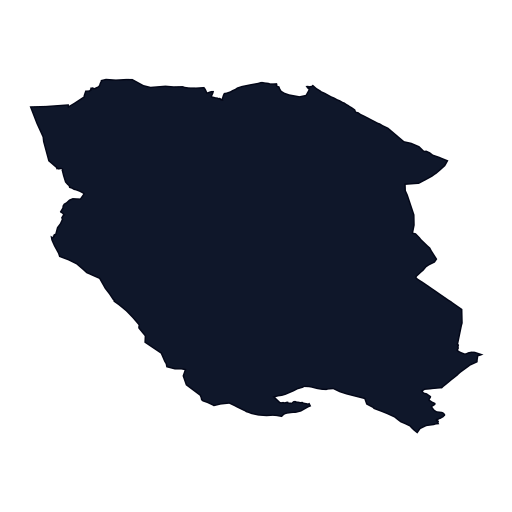 Fyresdal nor, Telemark, Norway (Natural Earth projection)
{"feature_id": "86288312B57586281322059", "entity_name": "Fyresdal nor", "entity_type": "district", "adm_level": 2, "iso_a3": "NOR", "parent_name": "Norway", "parent_adm1": "Telemark", "projection": "natural_earth1", "projection_center": [8.028, 59.145], "detail": "fine", "context": "isolated", "style": "filled", "palette": "ink", "viewbox_px": 512, "rotation_deg": 0, "n_neighbors": 0, "source": "geoboundaries", "source_scale": "gbopen_adm2", "svg_char_len": 5825}
<svg xmlns="http://www.w3.org/2000/svg" viewBox="0 0 512 512"><path d="M312.8,85.6L312.4,85.9L312.1,86.4L311.3,86.7L310.0,86.7L309.1,86.9L308.6,86.9L308.0,86.5L306.9,86.6L307.2,87.0L307.4,87.6L308.3,88.2L308.2,88.2L308.3,88.4L309.2,88.4L309.2,88.7L309.0,90.3L306.1,95.5L299.5,96.9L289.1,95.0L284.2,93.3L281.0,91.3L279.5,88.8L278.9,87.0L278.7,86.9L277.6,86.6L276.5,85.6L276.3,85.0L276.7,84.3L276.5,83.9L272.7,84.1L270.5,84.1L269.7,84.0L268.8,83.6L267.9,83.4L264.9,83.1L262.1,82.6L260.8,82.7L258.2,83.5L250.9,84.8L242.0,86.6L237.4,88.1L235.4,89.5L232.6,90.7L230.6,91.9L226.5,93.3L224.4,93.6L224.0,94.3L223.2,96.2L223.0,97.1L222.1,99.6L222.4,100.1L221.8,100.2L220.7,99.6L220.6,99.3L220.7,99.2L220.4,99.0L220.2,99.0L220.0,98.7L219.5,98.5L219.0,98.6L218.9,98.8L218.6,98.8L217.1,98.1L215.4,98.0L214.5,97.6L213.8,97.6L213.2,97.3L212.6,97.5L212.3,97.4L212.3,97.2L211.6,97.1L211.6,96.7L211.3,96.6L211.3,96.2L212.7,93.2L213.1,91.7L211.4,91.7L209.7,92.2L207.1,93.2L206.4,92.2L205.9,91.1L205.6,90.3L204.8,88.9L203.9,87.7L196.3,88.2L188.9,88.1L184.6,87.5L182.7,86.8L173.7,87.0L165.4,86.3L150.5,87.5L143.3,85.7L132.3,79.7L126.4,79.6L115.9,80.2L106.0,79.5L101.5,80.6L101.6,80.9L100.3,83.5L100.1,84.4L99.4,85.9L98.9,86.5L98.0,87.2L95.9,88.0L95.7,88.5L94.1,88.7L93.7,88.5L92.8,88.6L92.6,88.4L92.6,88.1L92.4,88.1L92.1,88.0L91.4,88.4L91.1,88.4L91.2,88.6L91.1,89.1L91.1,89.3L90.8,89.4L90.7,89.7L90.8,90.2L90.0,90.5L89.7,90.9L89.5,91.3L89.2,91.3L88.7,91.1L88.0,91.1L87.6,91.2L85.8,91.2L84.3,95.6L84.3,96.9L74.3,103.5L68.4,107.0L68.2,105.0L46.0,106.6L30.7,107.0L37.0,123.3L43.2,136.9L43.7,141.5L48.9,160.8L57.3,168.0L56.9,168.1L56.9,168.6L58.6,168.6L58.9,168.9L59.2,168.7L60.6,168.5L61.7,168.5L62.5,169.1L62.7,169.8L62.3,170.5L62.5,170.9L63.6,175.4L65.6,181.9L67.6,184.2L69.2,185.6L69.7,187.3L72.1,188.1L74.1,189.3L76.0,189.7L79.7,191.1L82.2,192.4L84.1,193.6L84.0,194.1L80.4,199.2L72.8,198.8L69.6,200.1L66.6,202.9L64.3,204.2L63.2,206.0L63.0,208.0L60.7,211.8L60.9,212.1L61.7,212.5L62.9,213.3L63.1,213.8L63.5,214.0L63.8,214.5L64.3,214.8L63.1,215.7L61.9,217.7L62.5,219.4L60.5,223.8L57.6,227.6L55.8,234.4L54.8,234.6L54.5,234.8L54.7,235.0L54.3,235.8L53.6,236.0L53.6,236.3L53.8,236.4L53.9,236.6L54.0,236.7L53.6,236.9L53.6,237.2L53.4,237.5L52.8,237.6L52.3,237.5L51.8,237.4L51.5,237.2L51.9,239.5L52.2,240.4L54.5,245.6L58.7,253.3L59.7,256.4L68.5,259.7L76.8,263.8L83.2,269.3L86.8,272.6L99.7,278.3L105.4,288.4L109.6,293.8L113.3,299.4L113.6,299.7L114.2,299.8L114.5,300.0L114.3,300.4L114.3,300.7L114.2,300.8L114.2,301.2L119.1,304.7L126.4,310.7L132.8,317.3L139.3,324.9L138.9,327.2L139.1,328.2L145.4,335.8L145.1,342.2L161.3,353.1L164.8,361.2L166.3,363.7L166.9,366.7L175.0,368.8L181.5,368.8L185.5,369.6L183.3,375.9L186.4,384.8L200.3,395.2L201.3,397.7L201.6,399.4L201.9,399.9L203.0,400.8L207.6,402.4L212.9,404.9L213.9,405.5L220.6,403.9L229.3,403.0L234.8,405.6L236.8,406.7L244.2,410.3L245.0,410.6L246.4,411.6L248.8,412.3L251.5,413.4L258.4,414.9L266.5,415.5L272.7,415.1L276.7,415.4L281.6,416.3L283.6,414.3L285.2,413.5L287.0,413.0L292.4,412.3L295.7,412.2L300.8,410.9L308.0,406.8L310.2,405.9L309.1,403.7L308.2,404.2L307.9,404.2L306.6,403.8L304.7,403.5L302.7,403.0L302.5,402.7L302.1,402.5L300.6,402.8L298.3,402.3L296.7,402.2L296.2,402.4L295.7,402.4L295.6,402.2L295.7,401.8L295.1,401.6L294.0,401.7L293.5,401.9L292.1,403.2L291.3,403.4L290.8,403.4L290.4,403.2L289.0,403.3L288.1,403.1L287.7,402.9L287.7,402.4L287.1,402.3L285.1,402.9L284.5,402.9L284.0,403.0L283.5,402.7L283.1,402.6L281.7,402.9L279.9,402.7L273.8,396.9L278.2,395.7L279.9,395.5L281.9,395.2L285.3,394.2L293.5,390.7L297.3,388.7L302.5,387.2L304.1,386.3L308.9,386.5L311.4,386.9L317.2,388.4L322.1,389.2L326.2,389.4L327.9,388.9L333.4,388.5L339.8,391.6L346.6,393.8L364.6,398.4L364.9,398.6L366.8,404.0L373.1,407.3L374.1,408.4L382.1,411.4L387.3,413.5L394.7,416.9L397.4,419.1L400.8,421.7L405.3,423.6L410.1,425.9L411.6,427.6L414.0,429.9L417.2,432.5L420.0,428.5L425.3,425.9L426.6,425.4L433.6,424.5L435.8,423.8L438.2,423.6L437.7,422.4L437.9,422.0L438.2,421.7L438.1,421.3L437.9,421.0L437.2,420.9L436.5,420.7L436.4,419.8L436.7,419.5L437.7,419.4L439.0,418.6L440.6,418.1L440.7,417.9L442.4,417.0L443.2,416.5L443.4,416.0L444.4,415.4L444.5,414.7L444.0,414.0L442.8,412.9L441.6,412.5L437.2,412.0L436.3,411.8L433.9,410.2L431.4,406.9L431.5,406.6L431.9,406.2L434.0,404.9L434.8,404.2L434.9,403.9L434.8,403.5L433.6,402.9L432.0,402.2L429.1,400.2L428.9,399.6L429.7,398.2L430.3,397.3L430.4,396.6L426.5,393.9L423.6,393.2L421.8,391.0L424.6,389.2L430.4,388.7L432.5,388.4L440.6,387.7L441.7,387.7L443.0,386.4L445.9,384.1L451.4,379.5L453.0,378.3L457.4,374.8L458.2,373.9L460.4,372.0L468.9,365.8L469.5,365.2L476.9,361.8L477.0,361.2L477.0,360.2L477.7,355.7L480.0,355.1L481.3,354.6L474.6,352.4L471.5,352.3L468.4,352.9L466.5,353.8L464.8,354.2L460.7,352.6L459.1,351.8L457.3,350.5L457.2,350.2L458.0,348.5L458.2,348.0L457.7,346.8L457.7,346.5L458.1,346.1L458.0,345.8L458.3,345.3L458.3,345.1L457.8,344.5L457.4,344.4L461.3,325.5L462.0,323.0L461.7,309.5L452.0,302.7L450.9,301.8L448.4,300.3L423.8,283.3L417.7,279.4L416.7,278.6L415.7,277.4L416.3,276.2L420.7,272.1L423.0,270.2L425.8,266.8L428.7,264.8L434.4,262.0L436.4,259.1L431.1,250.8L429.7,248.1L427.0,245.7L420.7,239.6L419.4,237.9L415.5,233.9L412.4,233.2L414.0,225.1L413.8,214.9L407.2,195.1L405.2,190.7L405.0,184.2L418.7,183.2L427.7,178.4L431.9,176.1L434.6,174.1L435.8,173.4L439.8,170.0L444.7,165.6L447.4,160.8L441.4,158.4L439.1,157.4L432.6,155.2L429.7,152.9L426.2,151.3L423.8,151.5L419.0,146.8L418.6,146.6L411.1,143.4L403.8,141.8L387.9,128.3L382.4,125.7L379.7,124.0L378.4,123.6L376.6,122.8L364.2,116.3L360.4,114.5L358.0,112.8L355.7,112.3L355.3,111.8L354.7,110.0L354.3,109.7L351.5,107.7L349.5,106.6L347.7,105.3L346.6,104.8L344.0,103.0L342.8,102.7L339.6,100.8L337.2,99.9L334.0,98.1L331.0,96.9L324.7,93.4L321.0,91.8L320.3,91.1L316.2,88.6L312.8,85.6Z" fill="#0f172a" stroke="#020617" stroke-width="1.5"/></svg>